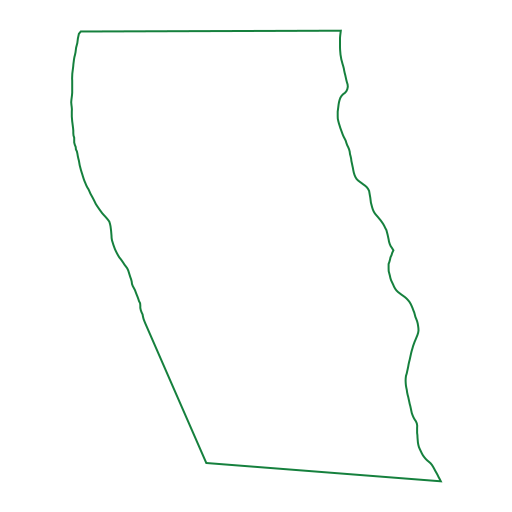 Chilecito, La Rioja, Argentina (Equal Earth projection)
{"feature_id": "61730980B21035116848731", "entity_name": "Chilecito", "entity_type": "district", "adm_level": 2, "iso_a3": "ARG", "parent_name": "Argentina", "parent_adm1": "La Rioja", "projection": "equal_earth", "projection_center": [-67.377, -29.416], "detail": "fine", "context": "isolated", "style": "outline", "palette": "green", "viewbox_px": 512, "rotation_deg": 0, "n_neighbors": 0, "source": "geoboundaries", "source_scale": "gbopen_adm2", "svg_char_len": 4150}
<svg xmlns="http://www.w3.org/2000/svg" viewBox="0 0 512 512"><path d="M440.8,481.3L439.6,478.9L438.5,476.9L437.5,474.8L436.4,472.8L435.3,470.9L434.2,468.8L433.1,466.8L431.9,464.9L430.5,463.2L428.9,461.8L427.2,460.4L425.6,458.8L424.2,457.1L422.9,455.3L421.8,453.3L420.8,451.2L419.8,449.1L418.9,447.0L418.3,444.7L417.9,442.4L417.7,440.0L417.5,437.6L417.4,435.2L417.1,432.9L417.1,430.5L417.1,428.1L417.2,425.7L416.8,423.4L415.9,421.3L414.6,419.4L413.5,417.4L412.6,415.3L411.8,413.1L411.3,410.8L410.8,408.4L410.3,406.1L409.7,403.9L409.2,401.5L408.7,399.2L408.2,396.9L407.6,394.7L407.1,392.3L406.8,390.0L406.3,387.7L405.9,385.3L405.7,383.0L405.6,380.6L405.7,378.2L406.0,375.8L406.7,373.6L407.2,371.3L407.7,369.0L408.2,366.6L408.6,364.3L409.1,362.0L409.7,359.7L410.2,357.4L410.7,355.1L411.2,352.8L411.8,350.5L412.5,348.2L413.1,346.0L413.9,343.8L414.7,341.6L415.6,339.5L416.5,337.3L417.4,335.1L418.1,332.9L418.5,330.6L418.4,328.2L418.1,325.9L417.7,323.5L417.1,321.2L416.3,319.1L415.4,316.9L414.8,314.6L414.2,312.4L413.3,310.2L412.5,308.0L411.6,305.9L410.6,303.8L409.4,301.8L408.0,300.1L406.5,298.5L404.9,297.1L403.1,295.8L401.4,294.6L399.7,293.3L398.0,292.0L396.4,290.4L395.1,288.6L394.0,286.6L393.1,284.5L392.1,282.4L391.1,280.3L390.4,278.1L389.9,275.8L389.3,273.5L388.7,271.2L388.6,268.8L388.6,266.4L388.6,264.0L389.4,261.8L390.0,259.6L390.5,257.3L391.5,255.2L392.2,252.9L393.4,250.3L391.9,247.9L390.6,246.0L389.7,243.9L389.0,241.6L388.6,239.3L388.1,237.0L387.6,234.7L387.0,232.4L386.4,230.1L385.3,228.1L384.3,226.0L383.2,224.0L381.9,222.1L380.6,220.3L379.2,218.6L377.8,216.9L376.3,215.2L374.9,213.5L373.7,211.5L372.8,209.4L372.1,207.2L371.5,204.9L370.9,202.6L370.6,200.2L370.3,197.8L369.9,195.5L369.5,193.2L369.1,190.9L368.0,188.8L366.7,187.1L365.0,185.6L363.3,184.4L361.6,183.1L359.8,181.8L358.1,180.5L356.6,179.0L355.4,177.0L354.5,174.9L353.8,172.6L353.3,170.3L352.9,168.0L352.4,165.7L351.9,163.3L351.4,161.0L351.1,158.6L350.6,156.3L350.0,154.1L349.7,151.7L349.1,149.4L348.2,147.2L347.2,145.2L346.4,143.0L345.7,140.7L344.7,138.7L343.6,136.6L342.7,134.5L341.9,132.3L341.1,130.1L340.3,127.9L339.6,125.6L338.9,123.4L338.3,121.1L337.8,118.8L337.7,116.4L337.7,114.0L337.7,111.6L338.0,109.3L338.3,106.9L338.6,104.5L339.0,102.2L339.6,99.9L340.4,97.7L341.6,95.8L343.1,94.2L344.9,92.9L346.3,91.3L347.3,89.2L347.8,86.8L347.6,84.5L346.9,82.2L346.3,79.9L345.8,77.6L345.3,75.3L344.7,73.0L344.2,70.7L343.8,68.4L343.2,66.1L342.5,63.8L341.9,61.5L341.3,59.3L340.9,56.9L340.5,54.6L340.3,52.2L340.1,49.8L340.0,47.4L340.0,45.0L340.0,42.6L340.0,40.2L340.0,37.8L340.2,35.5L340.5,33.1L340.8,30.7L80.8,31.5L78.9,33.8L78.4,36.1L77.9,38.4L77.6,40.8L77.3,43.1L76.7,45.4L76.1,47.7L75.8,50.1L75.5,52.4L75.0,54.8L74.4,57.1L74.0,59.4L73.7,61.8L73.4,64.1L73.2,66.5L72.9,68.9L72.6,71.2L72.3,73.6L72.2,76.0L72.1,78.4L72.2,80.8L72.2,83.2L72.2,85.6L72.2,87.9L72.2,90.3L72.2,92.7L72.0,95.1L71.7,97.5L71.4,99.8L71.2,102.2L71.4,104.6L71.7,107.0L71.9,109.3L71.8,111.7L71.8,114.1L71.8,116.5L72.0,118.9L72.2,121.3L72.5,123.6L72.8,126.0L73.1,128.4L73.3,130.7L73.3,133.1L73.5,135.5L74.2,137.7L74.2,140.1L74.2,142.5L74.8,144.8L75.7,147.0L75.9,149.4L76.9,151.4L77.4,153.7L77.8,156.1L78.3,158.4L78.9,160.7L79.3,163.0L79.7,165.3L80.3,167.6L80.9,169.9L81.6,172.2L82.3,174.4L83.0,176.7L83.7,178.9L84.5,181.1L85.4,183.2L86.3,185.4L87.3,187.4L88.5,189.3L89.5,191.5L90.4,193.6L91.5,195.6L92.6,197.6L93.7,199.7L94.7,201.7L95.7,203.8L96.9,205.7L98.2,207.6L99.5,209.5L100.8,211.3L102.1,213.1L103.6,214.8L105.1,216.4L106.6,218.1L108.0,219.8L109.3,221.6L110.0,223.9L110.5,226.2L110.8,228.5L111.1,230.9L111.3,233.3L111.5,235.7L111.6,238.0L112.0,240.4L112.7,242.6L113.4,244.9L114.2,247.1L115.0,249.3L116.0,251.4L117.0,253.4L118.1,255.4L119.3,257.4L120.7,259.1L122.0,260.9L123.3,262.8L124.5,264.7L125.9,266.5L127.2,268.3L128.2,270.4L128.9,272.6L129.6,274.9L130.3,277.1L131.1,279.3L131.7,281.6L132.0,284.0L132.8,286.1L133.9,288.1L135.0,290.2L135.8,292.4L136.6,294.5L137.5,296.7L138.3,298.9L139.0,301.1L140.1,303.2L140.3,305.5L140.3,307.9L140.8,310.2L141.6,312.4L142.6,314.5L143.0,316.8L143.6,319.1L144.4,321.2L145.3,323.4L174.5,390.3L206.3,463.0L440.8,481.3Z" fill="none" stroke="#15803d" stroke-width="2"/></svg>